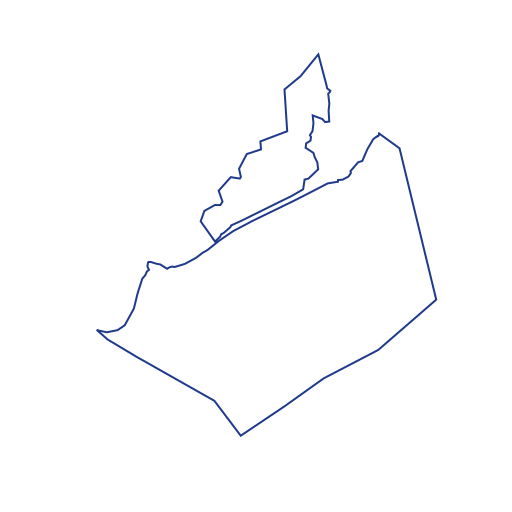 outline of Al-Ganayin, As Suways, Egypt, rotated 65°
{"feature_id": "37247803B61862544009771", "entity_name": "Al-Ganayin", "entity_type": "district", "adm_level": 2, "iso_a3": "EGY", "parent_name": "Egypt", "parent_adm1": "As Suways", "projection": "orthographic", "projection_center": [32.548, 30.059], "detail": "fine", "context": "isolated", "style": "outline", "palette": "blue", "viewbox_px": 512, "rotation_deg": 65, "n_neighbors": 0, "source": "geoboundaries", "source_scale": "gbopen_adm2", "svg_char_len": 2146}
<svg xmlns="http://www.w3.org/2000/svg" viewBox="0 0 512 512"><g transform="rotate(65 256 256)"><path d="M383.0,150.6L379.7,138.9L371.7,111.1L219.0,80.4L218.7,80.6L196.9,92.7L197.0,92.8L197.5,93.0L197.9,93.2L198.3,93.4L198.6,94.0L199.0,94.8L199.0,95.8L198.7,95.8L199.6,100.3L206.4,110.1L214.8,119.5L214.2,123.8L216.6,129.1L217.6,131.3L219.0,134.5L220.9,134.9L221.8,136.4L223.1,138.7L223.4,145.4L221.8,149.5L223.3,150.3L223.1,151.1L220.5,160.3L221.0,171.9L221.8,193.0L221.9,194.7L222.1,205.8L222.5,232.0L222.7,244.4L223.0,249.7L223.8,266.1L224.7,271.6L226.6,283.0L227.1,285.2L230.1,297.6L230.5,302.9L232.3,310.9L232.6,315.7L233.1,323.5L232.8,325.9L231.6,334.4L230.1,336.5L229.7,339.2L230.0,342.0L223.2,346.3L221.6,348.6L220.4,350.1L219.1,351.5L217.2,353.6L216.8,354.1L216.0,356.1L216.2,356.5L219.0,358.5L220.5,358.9L223.3,358.8L223.9,361.4L226.7,364.6L228.4,368.5L237.4,376.9L240.8,379.9L246.1,384.1L252.1,389.0L258.2,397.3L263.3,404.2L264.7,412.8L262.1,423.4L258.1,428.8L255.7,431.6L268.9,425.8L296.4,407.2L369.7,354.9L412.4,345.8L404.2,293.2L397.3,256.1L395.6,246.8L395.5,246.5L392.8,184.8L391.7,181.0L383.0,150.6ZM225.6,287.0L224.7,284.4L223.4,280.4L221.5,278.3L221.5,275.7L219.5,268.7L219.0,267.0L217.8,265.6L217.9,256.5L217.9,255.3L217.0,215.5L216.9,210.2L216.7,198.6L215.5,185.1L209.9,181.4L209.0,180.8L207.3,179.7L208.0,175.7L203.7,163.0L203.1,162.8L197.2,160.9L195.4,160.9L191.4,161.0L186.8,160.4L182.6,163.0L178.9,165.3L175.3,163.0L175.1,162.9L174.5,157.9L171.3,155.8L169.3,156.1L166.8,152.1L161.1,148.5L159.7,147.7L155.9,146.4L153.7,145.6L152.6,145.2L159.1,138.8L159.8,138.0L163.8,136.8L165.1,132.8L154.8,128.7L152.5,127.3L150.2,125.9L149.0,125.2L139.5,122.0L139.1,121.2L138.4,119.5L137.7,118.8L137.0,119.1L136.7,119.3L136.3,119.5L135.8,119.8L135.2,120.2L134.2,120.6L133.7,120.6L133.3,120.6L133.2,120.6L132.8,120.4L132.7,120.3L132.4,120.2L101.3,114.6L99.6,114.3L100.1,115.4L111.8,139.5L117.1,159.8L156.1,175.0L154.0,203.6L161.5,206.4L159.7,221.3L169.8,234.5L178.0,236.3L179.0,237.9L173.9,245.5L181.0,262.2L192.6,263.4L194.8,266.8L192.4,271.7L193.3,283.7L201.2,291.5L225.6,287.0Z" fill="none" stroke="#1e3a8a" stroke-width="2"/></g></svg>